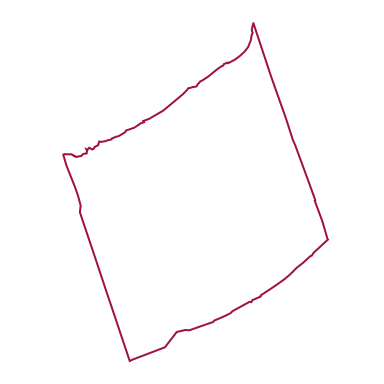 Kiang Central, Lower River, Gambia, rotated 341°
{"feature_id": "56634734B95834842597723", "entity_name": "Kiang Central", "entity_type": "district", "adm_level": 2, "iso_a3": "GMB", "parent_name": "Gambia", "parent_adm1": "Lower River", "projection": "equal_earth", "projection_center": [-15.756, 13.406], "detail": "fine", "context": "isolated", "style": "outline", "palette": "rose", "viewbox_px": 384, "rotation_deg": 341, "n_neighbors": 0, "source": "geoboundaries", "source_scale": "gbopen_adm2", "svg_char_len": 1771}
<svg xmlns="http://www.w3.org/2000/svg" viewBox="0 0 384 384"><g transform="rotate(341 192 192)"><path d="M304.9,281.3L304.8,281.2L305.5,266.8L305.7,262.3L305.2,240.2L305.9,240.0L305.6,220.3L304.8,180.8L304.4,176.6L304.3,176.3L304.4,172.5L304.7,157.9L304.8,152.3L304.7,144.9L304.4,109.7L304.4,108.9L304.4,107.8L305.0,53.8L305.0,52.5L304.8,52.5L301.2,58.3L301.2,61.2L299.2,63.4L297.3,67.3L292.4,73.1L287.6,76.3L282.2,78.7L276.2,80.7L268.1,82.0L267.9,81.3L267.2,81.3L263.8,81.4L262.8,82.6L261.3,82.6L255.3,84.3L245.0,88.1L238.5,89.8L236.0,90.1L232.6,92.0L230.5,93.7L226.8,93.0L224.4,93.0L222.2,92.7L221.0,93.7L215.1,96.6L211.7,97.9L205.8,100.2L201.5,101.8L194.7,104.4L191.1,105.7L180.2,107.9L175.0,108.9L169.0,109.0L169.3,110.4L169.2,110.4L165.8,110.4L158.5,112.4L158.1,112.4L152.9,112.4L149.5,112.4L148.3,113.7L142.5,115.0L140.3,115.3L138.1,115.0L135.7,115.3L133.5,115.3L133.0,116.0L132.3,116.0L131.3,116.0L129.8,115.7L126.4,115.7L122.8,115.1L120.6,114.1L118.4,117.3L116.5,117.3L115.7,117.7L114.5,117.7L113.5,119.0L111.6,119.3L109.2,116.7L107.0,118.0L106.0,117.1L106.2,119.0L105.5,119.9L105.0,121.2L101.6,120.6L99.0,121.9L95.6,121.3L94.3,121.3L92.1,119.0L92.1,119.4L89.9,116.8L88.2,116.5L83.6,114.6L82.4,114.9L82.4,115.6L81.9,125.7L83.0,149.7L83.0,158.6L82.3,168.6L79.4,174.7L79.0,226.3L78.6,263.4L78.6,271.9L78.3,307.3L78.1,330.1L78.1,331.5L81.7,331.1L115.8,330.0L116.3,329.7L132.0,319.4L140.8,320.3L144.4,321.9L155.9,321.8L169.7,321.8L171.2,320.8L176.0,320.5L180.9,320.1L186.3,319.5L189.2,319.1L191.3,317.9L196.4,317.0L210.5,314.6L212.2,315.5L213.9,313.9L222.9,313.2L223.3,312.1L231.7,310.0L242.6,307.1L251.1,304.5L257.9,301.9L266.4,297.7L272.0,295.8L274.0,295.1L283.0,291.2L284.4,291.2L287.3,289.0L304.9,281.3Z" fill="none" stroke="#9f1239" stroke-width="2"/></g></svg>